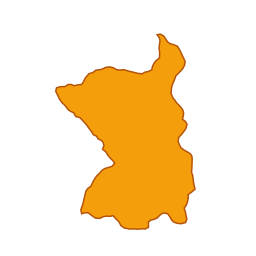 Angelândia, Minas Gerais, Brazil (orthographic projection), rotated 12°
{"feature_id": "56859067B14404112406063", "entity_name": "Angelândia", "entity_type": "district", "adm_level": 2, "iso_a3": "BRA", "parent_name": "Brazil", "parent_adm1": "Minas Gerais", "projection": "orthographic", "projection_center": [-42.284, -17.692], "detail": "fine", "context": "isolated", "style": "filled", "palette": "amber", "viewbox_px": 256, "rotation_deg": 12, "n_neighbors": 0, "source": "geoboundaries", "source_scale": "gbopen_adm2", "svg_char_len": 2147}
<svg xmlns="http://www.w3.org/2000/svg" viewBox="0 0 256 256"><g transform="rotate(12 128 128)"><path d="M155.2,225.4L159.6,224.7L162.5,223.7L166.0,223.2L168.7,220.8L167.5,215.7L169.6,213.3L172.6,211.9L175.3,209.8L177.3,206.6L180.0,203.8L184.4,203.5L187.1,205.8L189.8,209.0L192.6,210.6L196.3,211.0L200.1,210.5L203.9,208.6L204.5,205.0L203.2,202.1L201.8,198.7L199.6,194.5L201.0,191.6L201.5,188.3L201.5,184.2L200.7,180.6L203.5,177.5L206.3,173.9L204.6,170.4L203.2,167.0L202.1,163.7L201.0,160.7L199.4,158.2L198.8,153.9L198.0,149.6L197.4,145.7L196.4,142.3L194.4,140.3L190.9,139.0L187.4,137.9L183.9,136.3L181.9,133.8L179.9,131.0L179.5,126.8L181.9,122.8L183.5,119.5L184.7,116.3L185.0,112.2L182.6,109.5L179.4,108.1L179.6,104.4L179.1,101.1L177.6,98.7L174.6,96.1L170.2,93.2L168.1,91.1L165.5,89.0L162.9,85.1L162.2,80.0L162.5,75.6L163.3,71.9L164.0,67.0L167.1,62.2L169.1,58.8L170.2,55.0L170.1,51.2L168.2,48.6L166.0,45.7L163.5,42.3L161.5,40.0L159.2,37.7L154.9,36.9L151.9,36.8L149.2,35.8L146.5,33.3L143.9,30.6L140.3,29.5L137.1,30.6L140.2,33.6L141.3,36.7L141.4,40.1L141.7,43.4L143.3,47.7L144.2,53.0L141.3,56.4L139.9,59.6L139.2,62.5L139.1,66.1L136.1,68.6L133.0,69.8L130.5,72.1L126.1,72.5L121.0,72.3L116.4,72.2L111.9,71.8L107.8,73.1L104.5,73.3L101.0,72.1L97.4,72.0L93.7,73.3L91.4,75.1L89.0,76.6L84.6,78.1L82.0,81.1L78.5,83.0L75.8,88.1L74.7,92.4L73.5,95.1L70.5,96.0L66.6,97.8L63.4,97.2L60.2,98.0L57.9,100.5L53.4,101.6L49.7,103.6L49.7,107.1L52.2,110.3L54.8,113.8L58.0,116.8L61.9,119.2L65.4,122.3L68.1,123.6L71.7,124.4L74.5,127.6L78.9,127.9L83.1,130.8L86.9,133.6L89.4,136.0L93.0,139.1L95.6,141.8L98.8,142.5L101.2,145.0L104.2,145.5L106.6,147.2L108.1,150.1L107.5,154.1L111.3,155.9L114.0,158.9L116.5,160.9L119.8,162.9L122.3,165.2L120.2,169.0L116.2,171.1L113.4,172.7L111.3,175.0L109.5,178.2L107.1,181.8L105.7,185.4L104.8,188.5L103.9,192.4L101.2,195.6L99.9,198.7L99.9,203.2L99.7,207.4L99.7,210.8L99.4,214.0L98.9,217.8L100.5,221.5L103.3,220.0L106.6,219.2L110.6,221.1L114.9,222.9L119.3,222.2L122.0,220.0L125.2,218.7L128.9,218.1L131.7,216.9L134.8,219.2L138.5,221.5L141.2,224.8L144.9,226.5L150.4,226.5L155.2,225.4Z" fill="#f59e0b" stroke="#b45309" stroke-width="1.5"/></g></svg>